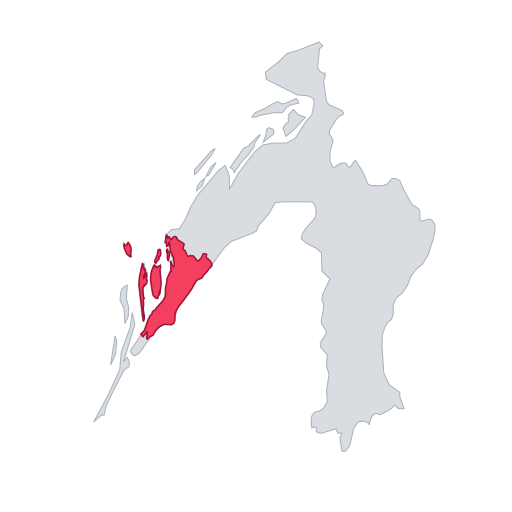 Splitsko-Dalmatinska highlighted on a map of Croatia, rotated 83°
{"feature_id": "HRV-1492", "entity_name": "Splitsko-Dalmatinska", "entity_type": "County", "adm_level": 1, "iso_a3": "HRV", "parent_name": "Croatia", "parent_adm1": "", "projection": "natural_earth1", "projection_center": [16.561, 43.491], "detail": "fine", "context": "in_parent", "style": "filled", "palette": "rose", "viewbox_px": 512, "rotation_deg": 83, "n_neighbors": 0, "source": "natural_earth", "source_scale": "10m", "svg_char_len": 8213}
<svg xmlns="http://www.w3.org/2000/svg" viewBox="0 0 512 512"><g transform="rotate(83 256 256)"><path d="M55.6,164.2L58.1,167.7L76.4,172.0L80.4,170.1L82.8,167.2L82.8,165.4L84.4,164.9L90.8,167.6L110.6,167.3L114.6,165.2L122.1,152.9L124.5,151.8L126.1,152.3L127.3,156.0L130.1,159.4L140.0,167.6L143.8,168.6L147.5,166.3L151.3,165.7L162.1,170.0L171.2,170.9L178.0,168.6L174.7,162.0L174.2,158.7L174.6,155.8L179.3,152.9L179.1,151.6L173.5,146.5L173.8,145.2L186.1,139.5L198.0,136.2L199.9,133.8L201.5,123.1L200.9,117.4L196.1,112.0L195.8,109.3L197.0,106.5L198.9,104.0L209.1,101.0L224.1,94.8L228.7,89.0L231.5,88.0L239.9,88.8L241.6,87.4L240.5,79.1L242.0,76.9L246.4,74.6L253.7,75.5L259.8,77.7L275.9,85.0L284.4,91.8L289.2,99.3L295.6,105.1L303.7,109.3L310.2,114.9L314.9,122.0L321.6,125.9L330.1,126.8L335.5,129.2L337.8,133.2L342.4,136.8L349.4,140.1L360.3,141.9L387.7,143.4L399.9,139.6L409.0,129.8L412.8,130.5L425.6,127.6L424.8,133.5L421.0,136.1L424.9,142.1L428.7,151.9L426.7,156.8L429.2,160.6L437.0,164.4L434.8,165.5L433.1,168.7L432.9,174.5L439.1,180.1L455.7,186.1L460.6,191.0L460.7,193.1L459.8,194.5L447.1,195.0L442.3,192.5L441.8,196.4L437.2,197.7L439.9,212.1L439.0,216.3L437.2,217.7L433.7,216.9L432.7,218.3L433.6,221.4L429.0,221.7L421.6,220.1L418.3,217.3L417.6,211.8L415.2,207.5L409.4,203.0L397.2,202.2L383.0,198.0L372.7,199.3L362.9,197.3L354.4,203.0L350.2,202.9L341.6,195.8L339.0,195.4L331.6,199.0L328.5,199.2L316.1,195.3L311.5,194.8L308.2,196.0L302.2,194.6L287.8,185.4L278.9,192.4L260.8,190.7L255.5,195.5L249.3,204.7L244.3,209.0L239.9,207.5L234.8,203.4L225.8,193.1L221.3,191.2L216.1,190.8L211.5,191.9L209.1,194.0L205.5,222.5L205.4,230.5L215.4,237.9L227.2,250.7L231.0,252.2L232.8,256.3L238.7,279.2L244.7,287.2L265.0,306.0L273.6,317.9L299.7,341.1L311.2,345.2L313.0,347.4L313.1,356.5L314.4,359.8L322.1,369.3L337.8,383.2L339.6,386.4L340.2,388.8L339.2,390.6L335.1,392.5L317.0,376.8L302.9,368.2L287.0,352.1L265.7,345.8L251.2,338.8L232.7,342.0L226.8,342.1L222.5,340.8L219.5,336.5L219.5,328.7L211.0,321.7L199.5,315.0L188.5,306.4L166.7,283.0L162.3,275.5L173.6,272.7L186.7,274.2L172.7,264.3L152.6,244.9L146.7,235.7L146.0,225.9L147.6,212.3L144.0,202.7L128.6,190.1L123.0,183.5L111.6,179.6L106.5,180.0L103.4,184.9L101.0,195.7L81.9,224.3L74.6,224.2L66.5,210.6L58.7,200.3L57.0,189.4L51.3,167.3L55.6,164.2ZM395.2,426.1L395.4,429.4L401.0,437.4L375.8,419.5L351.9,405.0L335.1,401.5L312.0,389.8L297.0,385.7L309.3,384.7L344.8,400.3L340.9,396.1L346.0,394.5L350.3,395.7L353.1,400.8L373.1,414.5L385.9,422.6L395.2,426.1ZM118.2,239.9L117.6,243.3L113.4,238.9L111.3,231.2L106.1,218.6L105.5,215.1L108.3,211.6L108.1,208.0L104.5,197.0L107.6,195.2L109.5,195.0L110.2,202.7L111.9,207.1L117.0,212.4L115.9,221.4L116.8,234.1L118.2,239.9ZM140.9,211.8L132.3,213.7L128.2,210.3L127.2,207.6L120.1,206.7L115.0,201.1L121.1,196.8L124.4,190.0L136.0,204.0L140.9,211.8ZM278.7,363.0L267.6,363.2L258.0,361.6L253.2,358.8L255.1,352.6L265.8,353.1L282.1,355.8L286.2,359.0L284.9,360.5L278.7,363.0ZM307.5,375.8L302.6,376.7L271.3,376.0L262.1,374.2L250.0,368.0L260.2,366.6L269.6,368.0L272.5,371.4L307.5,375.8ZM166.9,268.5L165.1,270.9L147.7,255.3L145.8,250.1L137.2,239.4L135.9,236.6L143.8,243.5L146.8,244.2L154.3,251.0L161.7,259.7L170.5,267.3L166.9,268.5ZM269.3,387.3L282.3,389.8L291.8,388.6L300.4,390.2L307.1,394.4L292.3,393.4L283.3,396.3L275.5,394.7L272.5,392.9L270.4,390.5L269.3,387.3ZM166.8,305.2L167.7,307.3L163.0,306.5L146.0,287.2L144.2,283.4L150.3,287.9L166.8,305.2ZM136.9,223.5L144.0,235.0L137.4,231.5L131.5,230.1L130.3,227.5L132.5,223.2L136.9,223.5ZM336.7,407.5L346.4,413.6L318.1,405.6L324.3,404.7L336.7,407.5ZM179.6,300.6L184.2,307.2L179.8,305.8L175.2,301.7L172.5,297.3L179.6,300.6ZM169.8,292.8L170.9,295.9L162.2,290.0L158.3,284.3L169.8,292.8Z" fill="#d9dde1" stroke="#a8b0b8" stroke-width="1"/><path d="M260.6,301.1L262.6,303.8L266.0,307.0L268.3,309.9L271.2,312.4L271.7,313.7L272.0,315.2L272.6,317.1L273.6,318.5L281.4,324.2L292.5,334.6L295.9,338.3L298.1,340.1L299.7,341.4L303.8,343.5L310.6,344.5L312.8,345.9L313.9,348.2L312.6,355.6L314.2,360.0L316.9,363.9L319.8,366.3L321.2,367.2L322.0,367.8L322.4,368.7L323.0,370.6L323.8,372.3L324.9,373.4L325.5,373.8L325.4,374.0L325.1,374.2L324.6,374.4L323.3,374.6L322.8,374.5L322.4,374.4L322.1,374.2L321.9,373.8L321.7,373.7L321.3,373.6L319.9,373.4L318.7,373.1L318.4,373.1L318.2,373.3L318.1,374.1L318.2,374.4L318.3,374.6L318.7,374.7L319.5,374.8L319.9,374.9L320.2,375.3L320.5,375.7L320.8,376.4L321.1,376.8L321.4,377.1L322.1,377.6L322.4,377.8L322.4,378.1L322.0,378.4L321.5,378.6L319.6,379.9L316.1,375.7L305.9,370.8L303.5,369.0L302.3,368.4L301.8,368.1L301.4,366.9L300.9,366.4L300.1,366.1L299.4,366.0L299.0,365.8L298.5,365.2L297.8,364.2L297.6,363.8L297.4,362.6L297.3,362.3L297.0,362.1L296.1,361.9L295.8,361.7L289.1,353.8L287.2,352.6L286.5,352.0L285.9,351.4L285.4,350.9L276.4,349.7L272.3,348.1L267.5,347.1L261.1,342.9L261.0,342.6L260.9,342.2L260.8,341.8L260.4,341.6L260.0,341.7L259.3,342.2L259.0,342.2L256.3,341.6L251.0,341.6L251.0,341.0L252.4,341.0L254.0,340.7L255.6,340.0L256.8,339.2L255.6,338.5L254.0,338.2L247.2,338.1L246.4,338.3L245.1,339.1L244.6,339.2L243.3,339.4L240.4,340.2L231.8,340.4L231.8,341.0L234.1,341.6L235.1,342.2L235.6,343.5L231.3,343.5L231.5,344.5L230.5,344.4L228.2,343.5L226.3,343.4L225.5,343.0L224.5,342.2L224.4,342.2L224.9,341.8L225.6,341.7L227.1,341.6L227.5,341.4L227.5,341.2L227.3,341.1L226.9,340.9L226.6,340.7L226.3,340.4L226.3,339.9L226.6,339.6L227.2,339.4L227.8,339.2L229.0,338.8L229.4,338.5L229.4,338.3L229.1,338.3L228.8,338.1L228.5,337.3L227.5,336.3L227.1,335.7L226.9,335.0L226.7,334.0L227.0,333.5L227.3,333.1L228.1,332.3L228.5,332.1L228.8,332.1L229.2,332.3L229.6,332.2L230.0,332.1L234.8,326.4L235.5,325.9L235.8,326.0L239.6,327.5L240.3,327.4L240.8,327.0L241.4,326.3L241.9,325.9L242.4,325.6L244.0,325.1L245.9,324.6L247.5,324.0L248.2,323.4L248.3,322.9L248.0,322.5L247.7,322.1L247.5,321.8L247.4,321.3L248.1,320.0L248.2,319.8L248.1,319.5L248.0,319.1L248.2,318.4L248.6,317.9L253.4,314.9L253.9,314.3L253.9,313.7L253.5,313.2L250.7,310.2L250.1,309.7L249.6,309.4L247.6,308.5L247.4,308.0L247.3,307.5L248.2,304.8L250.4,305.4L251.6,305.4L252.4,305.1L252.7,304.8L252.8,304.5L252.9,304.0L254.2,302.9L256.6,301.4L257.6,301.1L258.3,300.9L260.6,301.1ZM258.7,361.7L253.2,358.8L252.0,357.4L252.6,357.8L253.0,358.1L253.5,358.1L253.5,357.6L254.0,357.5L254.4,357.4L254.0,356.8L254.1,356.2L254.5,355.8L255.4,355.6L254.4,354.1L253.5,352.0L254.9,351.9L255.4,352.0L258.2,353.0L271.8,353.5L280.4,355.6L280.4,356.2L279.5,356.2L280.2,356.6L280.9,356.8L281.4,356.7L281.9,356.2L282.5,356.7L283.8,358.1L284.6,358.3L285.2,358.3L285.7,358.4L286.2,359.3L285.3,360.9L284.8,361.4L284.3,361.1L283.0,362.7L280.7,363.2L267.7,363.6L263.1,363.0L258.7,361.7ZM272.2,375.7L270.6,375.8L262.9,374.3L256.9,372.2L254.8,371.8L253.5,371.0L252.7,370.8L249.6,369.6L249.9,369.2L250.2,369.1L251.0,369.0L251.9,369.5L252.7,369.4L254.4,368.4L254.9,369.0L255.1,368.6L255.9,367.8L255.9,368.4L258.4,367.6L260.5,368.8L262.5,370.3L264.5,370.2L262.6,368.4L260.7,367.3L260.1,366.7L261.1,366.8L263.1,366.7L264.5,367.8L264.8,367.8L265.5,367.3L265.9,367.1L266.8,367.1L268.9,367.5L269.9,367.8L270.3,368.3L270.8,369.0L271.4,369.7L272.2,370.2L272.3,370.6L272.2,370.8L271.7,370.8L273.1,371.8L274.7,372.4L276.3,372.6L283.1,372.6L284.3,372.0L285.3,372.9L286.6,373.2L290.9,373.5L295.1,374.5L301.6,374.2L304.7,374.5L307.4,375.7L289.8,375.7L272.2,375.7ZM240.4,380.6L240.7,380.2L241.0,379.9L241.3,380.1L241.4,380.9L241.2,381.4L240.7,381.9L239.9,382.4L239.1,383.4L238.3,384.0L232.0,385.8L229.6,386.0L227.9,385.4L229.4,384.7L229.6,383.3L229.0,382.3L228.3,382.4L227.9,382.4L226.9,381.2L227.2,380.9L227.5,380.8L227.8,380.7L228.3,380.6L230.0,379.6L232.6,379.1L235.4,379.2L237.5,379.9L237.2,380.4L237.0,380.6L238.6,380.0L239.5,380.0L240.4,380.6ZM251.0,356.2L249.9,357.4L248.0,356.9L243.3,354.2L239.8,352.9L238.1,352.6L238.0,352.2L238.3,352.1L238.5,352.0L237.8,351.5L237.6,350.8L238.0,350.3L239.0,350.1L243.0,350.4L244.5,351.2L244.8,352.6L246.7,352.4L248.0,353.4L249.3,354.9L251.0,356.2ZM245.3,341.9L247.0,342.5L249.9,343.5L249.6,344.0L246.9,344.3L243.3,343.7L242.3,343.8L241.7,344.1L240.8,344.2L239.7,344.1L238.9,343.8L238.4,343.5L238.4,343.0L238.9,342.8L239.2,342.8L239.7,342.9L240.6,343.0L241.2,342.6L241.0,341.9L242.1,341.5L245.3,341.9Z" fill="#f43f5e" stroke="#9f1239" stroke-width="1.5"/></g></svg>